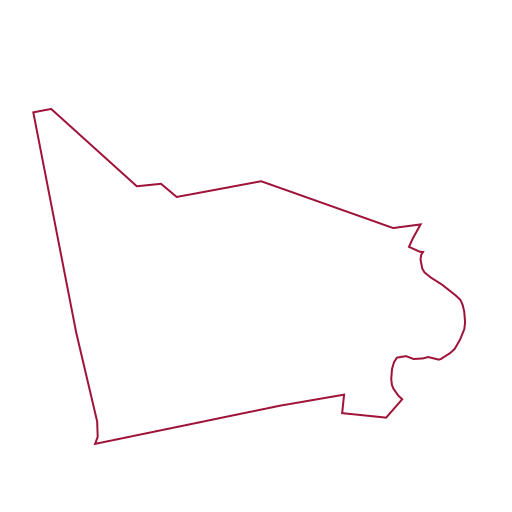 Hickman, Kentucky, United States of America, rotated 169°
{"feature_id": "52423323B69362371479098", "entity_name": "Hickman", "entity_type": "district", "adm_level": 2, "iso_a3": "USA", "parent_name": "United States of America", "parent_adm1": "Kentucky", "projection": "albers", "projection_center": [-89.075, 36.65], "detail": "fine", "context": "isolated", "style": "outline", "palette": "rose", "viewbox_px": 512, "rotation_deg": 169, "n_neighbors": 0, "source": "geoboundaries", "source_scale": "gbopen_adm2", "svg_char_len": 788}
<svg xmlns="http://www.w3.org/2000/svg" viewBox="0 0 512 512"><g transform="rotate(169 256 256)"><path d="M449.8,102.3L260.9,104.5L196.0,103.1L201.4,85.3L159.1,72.5L139.8,87.5L142.8,91.5L146.4,99.5L147.2,103.5L146.7,109.6L144.0,119.2L140.8,125.4L137.1,129.3L132.8,129.3L127.7,129.0L120.9,124.8L111.5,123.6L106.3,124.0L96.4,119.4L94.2,119.6L83.7,123.8L78.7,126.9L71.7,134.9L65.4,144.6L63.4,151.1L62.2,161.6L62.5,168.6L63.7,173.8L67.2,178.8L78.8,192.3L88.3,201.3L93.7,207.7L95.2,211.9L95.2,221.0L93.7,225.5L91.3,228.1L94.4,228.9L104.1,235.8L98.5,243.6L88.4,255.6L116.1,257.3L236.7,328.4L322.6,329.1L335.5,345.0L359.7,347.2L429.0,439.4L429.3,439.4L436.6,439.5L436.9,439.5L447.2,439.5L447.1,214.9L443.5,123.8L445.9,108.7L449.8,102.3Z" fill="none" stroke="#9f1239" stroke-width="2"/></g></svg>